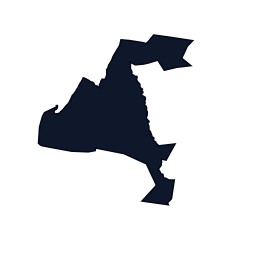 San Agustín Chayuco, Oaxaca, Mexico (orthographic projection), rotated 71°
{"feature_id": "50627088B20812688869072", "entity_name": "San Agustín Chayuco", "entity_type": "district", "adm_level": 2, "iso_a3": "MEX", "parent_name": "Mexico", "parent_adm1": "Oaxaca", "projection": "orthographic", "projection_center": [-97.81, 16.455], "detail": "fine", "context": "isolated", "style": "filled", "palette": "ink", "viewbox_px": 256, "rotation_deg": 71, "n_neighbors": 0, "source": "geoboundaries", "source_scale": "gbopen_adm2", "svg_char_len": 3451}
<svg xmlns="http://www.w3.org/2000/svg" viewBox="0 0 256 256"><g transform="rotate(71 128 128)"><path d="M62.3,125.8L65.4,128.0L65.6,128.2L65.6,129.1L69.3,130.2L70.9,130.8L72.3,131.8L73.3,132.8L74.6,134.1L74.1,135.1L73.4,136.6L74.5,138.0L76.1,139.0L77.7,140.9L80.3,141.8L80.4,142.0L80.7,142.5L78.0,143.7L77.5,145.4L74.5,145.8L73.1,146.6L72.1,148.5L71.6,148.6L71.4,148.8L70.1,149.7L67.5,152.1L66.4,153.3L66.0,154.1L67.2,155.1L69.2,157.4L69.8,158.1L69.9,158.5L71.7,160.2L71.8,160.6L73.4,162.0L73.7,162.3L74.8,163.9L75.0,164.1L75.7,164.8L76.7,165.9L77.4,167.2L78.5,168.4L78.9,169.8L79.2,170.1L82.6,173.2L83.2,173.7L83.2,174.1L83.4,174.3L83.8,174.3L84.4,174.9L84.5,175.4L85.0,176.0L85.9,177.2L86.1,177.9L88.1,181.3L88.7,182.2L89.8,184.3L90.6,185.6L90.5,186.4L90.8,186.6L91.1,186.6L91.5,187.5L91.7,188.4L91.3,191.0L91.2,191.9L90.7,192.4L89.1,193.0L87.2,191.8L87.0,189.8L86.9,189.6L86.6,189.0L85.7,188.2L84.6,187.6L83.8,187.4L83.5,188.4L84.0,188.4L84.8,188.8L84.8,189.3L85.2,192.3L86.3,201.9L89.0,204.9L90.6,206.0L92.0,207.0L92.6,207.5L93.7,208.2L93.8,208.3L98.0,211.1L98.3,211.3L113.3,217.6L115.5,216.4L116.6,215.3L120.1,209.2L131.5,189.0L137.6,173.4L138.7,166.4L136.4,165.1L150.8,140.3L167.8,122.3L175.1,121.5L176.5,121.4L189.8,119.9L191.4,119.8L194.6,125.5L196.1,128.3L201.6,138.5L204.4,133.1L213.7,114.8L211.6,115.0L209.1,110.0L208.5,109.7L208.0,109.4L200.9,105.7L192.2,101.2L192.1,102.0L191.7,102.8L190.9,104.9L190.5,106.3L187.7,108.7L187.2,110.1L185.4,110.5L183.1,110.1L182.1,111.8L179.9,112.0L177.9,112.4L177.8,113.0L177.4,113.5L175.8,111.3L173.8,108.5L172.2,108.2L171.7,107.6L170.9,107.3L169.7,107.0L168.2,106.3L170.8,102.5L158.4,88.7L154.7,105.5L153.6,105.2L153.0,105.5L153.0,106.0L152.8,106.1L150.5,106.5L150.1,106.4L149.9,106.6L149.2,107.4L148.9,107.5L148.4,107.7L148.0,107.7L147.1,107.5L146.7,107.2L146.2,106.9L145.8,106.9L145.5,106.9L145.3,107.0L145.0,107.5L144.8,108.3L144.0,108.0L141.1,108.0L138.4,108.1L137.8,108.3L137.2,108.7L136.9,108.9L133.1,107.7L130.1,107.8L129.5,107.5L129.2,106.9L129.2,106.6L129.1,106.3L129.1,106.2L128.5,105.9L127.0,106.7L125.3,107.4L124.7,107.4L124.4,107.5L124.2,107.4L122.3,105.8L120.2,105.0L119.8,104.7L118.7,104.5L116.7,104.8L116.5,104.6L115.4,104.0L114.7,103.8L113.5,103.8L113.1,103.9L112.2,104.8L111.9,104.8L110.8,104.4L110.7,104.2L109.9,103.7L109.7,103.5L109.3,103.5L109.1,103.4L108.2,103.7L107.9,103.6L107.0,102.6L106.4,102.1L105.6,101.9L104.5,101.9L104.0,102.1L103.9,102.2L103.6,102.5L103.1,102.9L103.0,103.0L102.4,103.7L101.9,104.0L101.2,104.4L100.8,104.4L100.6,104.3L100.2,104.0L99.4,102.5L99.0,102.2L98.1,102.3L97.3,103.0L96.9,103.1L96.5,102.3L96.2,101.7L95.9,101.7L95.8,101.8L93.9,103.3L93.2,103.2L92.3,103.1L90.9,102.6L90.5,102.5L89.5,102.8L89.3,102.9L87.6,103.8L87.1,103.9L86.6,104.0L85.9,104.2L85.5,104.3L85.1,104.3L84.9,104.1L84.7,103.9L84.3,103.6L83.5,103.3L83.1,102.9L82.0,102.9L82.0,103.3L81.9,103.5L82.0,103.6L81.7,103.9L81.4,104.5L81.2,104.8L80.5,105.2L79.5,105.9L78.9,106.5L78.5,106.7L77.5,107.1L77.2,106.5L76.4,106.0L75.0,106.1L73.7,106.2L73.1,106.5L66.6,104.3L70.6,100.6L72.6,92.6L73.2,87.2L73.5,77.7L85.2,74.9L86.5,61.9L89.5,48.3L79.5,54.5L74.4,49.5L70.1,45.5L66.5,38.4L60.7,49.5L57.3,56.0L48.4,73.4L53.3,81.4L54.0,83.9L53.0,84.9L52.0,86.4L45.9,97.9L42.3,105.9L46.0,108.2L47.5,109.3L47.6,109.5L49.2,111.3L49.7,112.0L49.8,112.1L50.1,112.4L50.2,112.5L51.7,114.4L53.1,116.0L54.7,117.9L55.7,119.0L58.2,121.0L58.3,121.0L62.3,125.8Z" fill="#0f172a" stroke="#020617" stroke-width="1.5"/></g></svg>